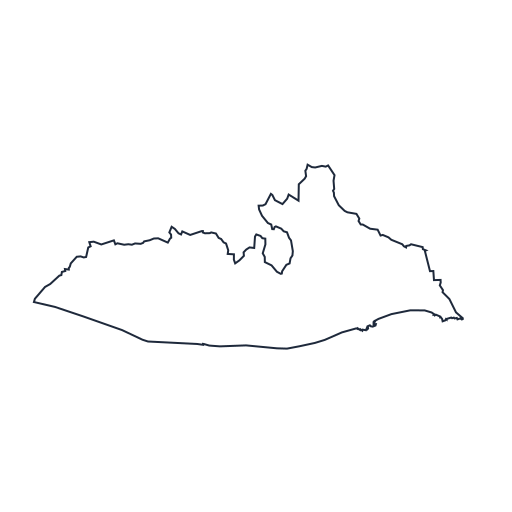 outline of Greystones Lea-6, Wicklow, Ireland, rotated 98°
{"feature_id": "5873133B55746922495286", "entity_name": "Greystones Lea-6", "entity_type": "district", "adm_level": 2, "iso_a3": "IRL", "parent_name": "Ireland", "parent_adm1": "Wicklow", "projection": "mercator", "projection_center": [-6.093, 53.104], "detail": "fine", "context": "isolated", "style": "outline", "palette": "slate", "viewbox_px": 512, "rotation_deg": 98, "n_neighbors": 0, "source": "geoboundaries", "source_scale": "gbopen_adm2", "svg_char_len": 2944}
<svg xmlns="http://www.w3.org/2000/svg" viewBox="0 0 512 512"><g transform="rotate(98 256 256)"><path d="M332.5,469.5L334.4,448.0L339.8,419.0L348.0,378.3L354.7,356.8L355.7,351.1L351.3,301.9L351.3,296.0L350.4,296.2L350.4,295.4L351.2,289.8L350.5,279.1L345.9,253.4L344.5,222.3L343.4,212.4L339.3,200.3L333.9,185.6L329.5,176.2L319.7,160.3L313.7,146.6L314.1,145.2L313.5,145.1L314.8,142.6L314.1,142.4L315.2,140.3L314.1,140.1L314.2,136.8L311.8,136.2L312.9,135.4L312.2,134.9L310.0,135.6L308.8,133.6L309.6,132.7L309.7,130.6L308.2,128.0L306.8,127.8L306.9,128.6L308.0,128.3L308.3,129.3L307.7,130.0L305.0,130.4L304.1,129.8L304.6,129.2L303.2,128.6L301.2,125.9L294.7,113.8L288.3,95.6L286.4,81.4L287.5,74.2L288.6,72.0L289.5,72.0L289.1,71.1L289.9,70.7L289.1,69.6L290.3,65.2L291.1,65.1L290.9,64.5L292.5,62.9L294.7,62.1L293.4,59.6L292.0,59.1L292.5,58.3L291.7,58.3L289.8,54.1L290.3,53.2L289.5,51.5L290.2,50.7L289.4,48.5L290.7,47.7L289.4,45.1L290.2,43.4L289.7,42.5L288.8,42.6L284.0,50.1L271.7,58.5L265.9,66.2L263.8,66.1L259.5,69.9L256.6,69.4L254.0,69.9L255.1,76.4L246.2,78.3L246.8,81.6L227.4,89.5L226.8,88.5L226.0,91.7L224.0,92.2L222.8,104.1L224.1,105.5L225.1,108.6L226.6,108.6L225.8,110.9L224.0,112.8L221.1,124.3L219.1,127.4L217.5,133.4L218.4,135.5L213.0,139.2L213.1,146.8L210.0,154.6L210.2,156.7L207.1,159.3L204.6,158.9L200.3,162.4L200.0,171.6L199.0,174.5L194.2,181.1L185.9,187.0L182.4,187.7L180.7,188.8L178.7,187.9L170.7,189.7L165.0,189.5L156.3,197.2L156.8,197.9L157.8,199.4L157.6,203.3L160.1,209.7L160.2,213.1L158.4,217.6L162.7,218.0L164.7,219.0L170.0,217.5L172.7,218.6L179.0,223.6L195.3,221.6L190.6,232.2L194.9,233.1L200.9,237.0L198.1,245.0L193.3,248.3L192.4,249.9L203.4,253.8L205.1,256.3L205.8,260.4L209.5,259.4L215.4,255.6L221.7,248.8L222.7,245.3L227.1,243.7L227.0,242.1L224.7,241.6L223.9,240.4L225.4,234.8L227.7,232.0L228.2,228.6L233.4,225.8L235.7,223.5L246.1,220.2L250.4,220.0L253.5,221.5L258.7,221.7L260.5,224.7L267.5,228.0L269.8,228.0L270.2,229.0L268.7,233.1L263.1,239.3L260.8,246.4L255.7,247.2L252.4,249.7L243.2,248.3L237.5,249.2L237.5,252.2L235.5,254.3L234.6,258.7L236.9,259.7L248.3,258.9L248.4,263.6L251.0,266.6L254.1,268.8L257.5,268.0L262.6,271.8L266.2,275.6L262.7,277.4L257.4,278.1L257.9,284.3L254.2,284.3L247.8,287.4L247.0,290.0L244.0,292.9L243.3,295.5L239.3,298.8L238.9,303.7L239.8,304.9L240.6,309.8L240.1,311.9L238.7,312.1L238.9,313.2L244.3,324.1L241.9,332.4L245.1,333.2L244.3,335.9L240.5,340.1L238.8,343.6L244.7,345.1L246.6,343.1L249.7,342.5L250.8,343.6L255.0,345.2L252.1,355.3L252.9,359.6L255.2,363.5L257.1,368.8L258.7,369.6L260.0,371.9L260.4,377.5L262.1,380.5L262.1,384.0L263.2,388.1L262.7,395.0L264.0,396.9L260.3,398.9L266.1,410.8L264.4,418.7L265.5,423.0L269.4,421.1L270.9,423.3L280.6,424.1L281.4,426.4L280.8,429.6L281.7,433.4L289.1,438.4L292.6,438.9L293.8,439.7L295.5,439.5L295.5,443.4L297.4,442.8L298.8,446.0L302.0,446.1L302.8,448.0L312.4,455.9L316.0,460.6L329.1,469.0L332.5,469.5Z" fill="none" stroke="#1e293b" stroke-width="2"/></g></svg>